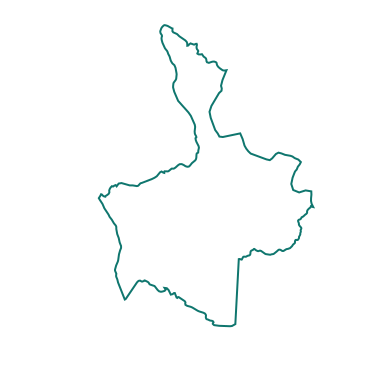 the Region of Cuvette, rotated 123°
{"feature_id": "COG-3342", "entity_name": "Cuvette", "entity_type": "Region", "adm_level": 1, "iso_a3": "COG", "parent_name": "Republic of the Congo", "parent_adm1": "", "projection": "natural_earth1", "projection_center": [15.8, -0.78], "detail": "fine", "context": "isolated", "style": "outline", "palette": "teal", "viewbox_px": 384, "rotation_deg": 123, "n_neighbors": 0, "source": "natural_earth", "source_scale": "10m", "svg_char_len": 5753}
<svg xmlns="http://www.w3.org/2000/svg" viewBox="0 0 384 384"><g transform="rotate(123 192 192)"><path d="M318.8,189.8L308.1,204.8L306.0,207.0L304.4,209.3L303.8,209.9L301.6,211.1L301.4,211.5L299.9,213.7L299.0,214.3L294.9,215.6L290.8,216.3L289.3,216.8L284.0,219.3L280.1,220.5L277.6,221.0L277.1,221.3L276.2,221.9L275.8,222.2L275.5,222.7L273.7,225.2L270.5,228.4L268.0,231.8L264.3,235.3L262.5,236.5L262.0,237.1L261.6,237.8L260.8,240.4L258.9,244.2L257.7,247.6L256.4,249.7L253.4,256.6L250.8,260.5L248.9,264.8L247.9,266.8L245.3,266.8L243.4,267.0L243.2,266.1L243.6,264.8L243.6,263.5L243.3,262.5L243.2,262.3L242.9,262.5L240.5,261.4L238.9,260.9L237.3,261.1L235.9,262.2L234.6,262.6L232.5,262.7L230.7,262.3L230.6,261.6L230.3,261.1L228.9,260.6L227.8,259.8L228.3,258.3L224.9,258.1L222.9,256.0L220.4,247.9L218.7,245.2L217.4,242.2L217.1,241.5L216.4,240.8L215.9,240.5L212.9,240.0L212.3,239.6L211.8,239.1L203.0,232.7L200.5,231.2L198.0,230.1L192.8,229.5L191.4,228.7L191.4,226.6L191.1,225.7L190.2,226.3L189.6,226.3L189.0,225.3L187.8,223.4L187.2,223.0L183.5,221.8L183.1,221.3L182.8,220.7L182.3,220.0L180.6,219.2L176.9,218.2L175.4,217.5L174.2,215.8L173.9,213.7L173.9,211.5L173.4,209.7L172.4,208.5L171.0,208.1L167.9,207.8L163.6,206.5L162.1,206.6L160.8,207.1L158.4,208.5L157.2,209.0L156.7,208.9L155.9,208.4L155.6,208.3L155.0,208.6L154.0,209.2L151.1,210.3L149.9,211.5L147.6,215.5L146.5,217.0L145.1,218.3L144.8,218.4L143.9,218.1L143.6,218.2L143.0,218.9L142.0,220.7L141.4,221.5L139.7,222.8L135.7,224.8L134.0,226.4L128.8,234.4L127.2,238.3L123.1,253.3L117.6,261.5L114.6,264.8L113.3,265.6L111.1,266.7L110.2,266.9L107.1,266.7L106.4,266.8L105.7,266.9L101.8,268.9L100.8,269.7L96.9,273.4L95.9,274.8L95.2,275.9L94.9,278.1L94.7,278.8L93.7,280.8L93.1,281.7L90.9,284.2L90.2,285.2L89.3,286.9L87.7,289.0L87.3,289.7L86.4,292.4L86.1,293.1L82.9,298.1L81.1,300.1L80.0,301.1L78.6,301.8L77.7,302.0L77.1,302.5L76.7,303.1L76.1,304.6L75.9,304.9L75.5,305.3L75.0,305.8L74.4,306.2L71.4,306.9L70.8,306.9L70.1,306.9L68.9,306.7L67.7,306.4L67.0,305.9L66.5,304.7L66.0,302.9L65.7,298.0L65.5,297.4L67.8,296.0L68.3,294.7L67.7,290.7L67.8,289.9L68.3,287.5L68.5,280.2L69.0,278.2L70.0,276.9L71.9,275.6L71.3,275.0L69.6,274.7L68.2,274.2L67.3,270.5L65.7,269.5L65.2,268.8L65.9,268.0L67.5,267.4L68.3,266.9L69.0,266.3L69.6,265.4L69.9,264.3L70.4,263.5L73.0,262.9L73.0,261.5L72.1,259.9L71.0,258.7L72.1,256.0L72.2,253.8L72.5,252.9L73.4,251.9L74.4,251.1L75.0,250.1L74.5,248.2L71.7,246.0L70.6,244.6L70.1,242.8L70.3,241.8L70.9,241.2L71.5,240.6L72.1,239.8L72.5,238.8L72.8,238.0L73.1,235.9L73.2,233.0L73.1,232.2L72.5,231.0L71.1,229.4L81.5,227.4L87.1,225.5L89.0,223.4L91.0,222.4L94.3,223.2L109.2,222.6L115.2,221.0L119.6,216.7L127.4,206.3L128.9,202.3L130.6,199.2L129.1,196.1L116.6,183.5L120.0,178.4L124.5,173.2L126.1,170.1L127.2,166.9L127.8,163.7L124.1,147.3L122.9,144.1L120.2,143.1L114.4,142.3L111.9,140.9L110.9,137.9L110.2,134.3L108.0,129.1L107.5,127.0L107.6,125.5L107.6,124.0L106.9,120.5L107.6,117.0L110.3,116.7L113.1,117.0L116.2,116.4L117.7,116.7L119.2,116.7L125.3,115.4L131.2,113.1L135.2,108.2L134.0,101.9L128.8,97.6L126.5,92.3L129.2,90.4L132.3,88.8L134.7,87.3L136.7,85.3L138.6,82.1L138.8,82.6L138.8,82.9L138.6,83.7L138.6,84.2L138.8,84.5L139.1,84.6L139.8,84.3L140.1,84.2L142.6,85.0L144.1,85.2L144.6,85.2L145.1,85.1L145.8,84.8L146.3,84.4L146.8,84.2L147.3,84.1L148.3,84.3L149.5,84.8L150.1,84.9L150.9,85.1L151.9,85.4L152.3,85.6L152.7,85.7L153.0,86.0L153.3,86.2L153.7,86.3L154.1,86.2L154.9,86.1L155.8,86.3L156.3,86.6L157.0,87.2L157.4,87.4L157.8,87.4L158.3,87.4L158.8,87.0L159.9,85.5L160.2,85.2L161.2,84.5L161.4,84.1L161.6,83.7L161.8,83.3L162.2,81.8L162.5,81.0L162.6,80.8L162.8,80.6L163.0,80.5L163.2,80.4L163.6,80.3L164.5,80.2L165.0,80.0L165.1,79.9L165.6,79.4L165.9,79.2L166.4,79.0L167.1,78.9L167.6,78.7L168.0,78.5L168.6,78.1L169.0,78.0L171.4,77.8L171.5,77.7L172.1,77.3L172.4,77.2L172.8,77.1L173.7,77.1L174.3,77.1L174.9,77.5L175.2,77.9L175.3,78.4L175.6,78.8L175.9,79.0L176.4,79.0L177.2,78.8L177.7,78.5L178.4,78.1L178.7,78.0L179.1,78.0L181.0,78.6L183.0,78.6L185.6,79.2L186.1,79.5L186.4,79.8L186.7,80.0L187.1,80.3L187.4,80.5L187.9,81.1L188.2,81.4L188.9,81.9L189.3,82.1L190.9,82.8L191.6,83.2L191.9,83.5L192.1,83.9L192.3,84.3L192.3,86.1L192.4,86.6L192.6,87.0L192.8,87.4L193.1,87.7L193.4,87.9L194.0,88.1L195.9,88.6L199.2,89.7L199.6,89.9L199.9,90.2L201.0,91.4L202.0,92.2L202.4,93.0L203.9,96.3L204.0,96.8L203.8,101.9L203.9,102.2L204.0,102.6L204.1,103.0L204.4,103.3L204.6,103.5L205.2,103.9L205.4,104.1L205.6,104.4L205.8,104.8L205.9,105.7L206.0,106.5L205.8,108.6L205.9,108.9L206.2,109.1L206.9,109.2L207.4,109.4L208.9,110.3L209.3,110.4L209.9,110.4L210.6,110.2L212.0,109.4L212.5,109.2L213.0,109.1L213.7,109.3L214.1,109.5L214.7,110.2L215.1,110.4L215.4,110.7L216.5,111.3L216.9,111.5L217.1,111.8L217.8,113.0L218.0,113.3L218.3,113.6L218.8,113.7L221.2,113.5L221.6,113.5L221.8,113.8L221.9,114.2L222.0,114.7L222.1,115.1L222.3,115.6L222.5,115.9L222.8,116.2L279.2,83.7L282.6,85.5L283.8,86.9L289.4,96.3L291.5,100.7L291.6,101.0L291.5,101.8L291.3,102.7L290.7,103.1L290.1,103.0L289.5,103.0L289.0,104.0L289.1,104.9L290.0,107.0L290.3,109.2L290.6,110.1L290.6,110.9L289.9,111.9L289.0,112.5L288.1,112.9L287.4,113.6L286.9,114.8L287.0,116.5L288.2,120.8L288.5,122.6L288.7,128.8L289.0,130.6L290.1,134.0L290.2,136.0L289.3,136.9L288.1,137.4L287.5,138.7L287.4,145.9L287.7,146.4L288.9,146.7L288.9,147.5L286.1,151.4L286.6,152.1L288.2,152.6L289.6,153.9L287.0,158.2L286.4,160.7L287.4,162.8L288.3,160.9L289.8,161.1L291.4,162.4L292.6,163.7L293.2,165.5L292.9,167.5L291.4,171.7L291.3,172.3L292.3,176.2L292.5,177.3L291.6,179.1L291.5,180.2L291.9,183.5L292.2,183.8L292.8,183.8L293.4,184.3L294.0,184.8L294.3,185.0L294.5,185.5L294.6,187.3L295.4,188.2L296.2,188.6L297.7,188.9L317.7,189.3L318.5,189.6L318.8,189.8L318.8,189.8Z" fill="none" stroke="#0f766e" stroke-width="2"/></g></svg>